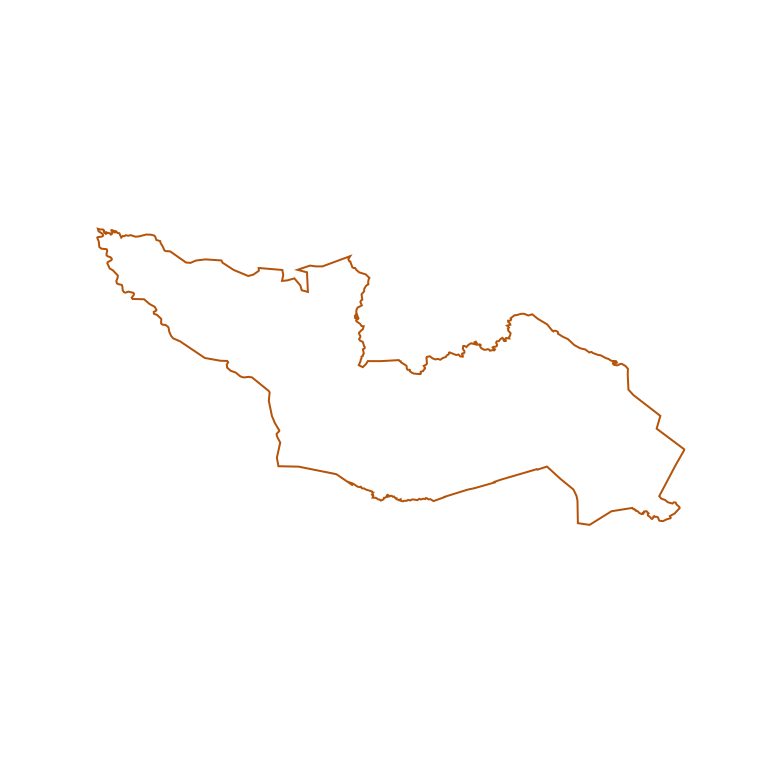 outline of Pelēču pag., Preilu, Latvia, rotated 17°
{"feature_id": "27541924B42049645458782", "entity_name": "Pelēču pag.", "entity_type": "district", "adm_level": 2, "iso_a3": "LVA", "parent_name": "Latvia", "parent_adm1": "Preilu", "projection": "natural_earth1", "projection_center": [26.741, 56.146], "detail": "fine", "context": "isolated", "style": "outline", "palette": "amber", "viewbox_px": 768, "rotation_deg": 17, "n_neighbors": 0, "source": "geoboundaries", "source_scale": "gbopen_adm2", "svg_char_len": 6106}
<svg xmlns="http://www.w3.org/2000/svg" viewBox="0 0 768 768"><g transform="rotate(17 384 384)"><path d="M169.0,402.0L176.4,402.8L205.1,411.5L220.7,409.6L227.3,407.8L228.6,408.8L228.0,411.4L229.2,414.2L233.5,416.2L238.8,416.4L244.1,418.6L246.2,418.9L248.4,418.6L252.5,416.7L255.9,416.3L275.9,424.4L277.1,425.5L278.8,433.9L286.2,447.4L291.0,453.2L297.5,459.1L297.6,459.7L295.9,463.0L296.0,463.6L297.2,465.6L301.9,470.4L303.1,485.8L307.1,493.5L326.5,488.0L364.9,484.2L383.9,490.1L380.9,488.2L383.4,488.3L388.7,489.9L391.0,489.7L391.8,489.0L393.3,490.2L395.7,489.7L397.1,490.2L403.9,490.3L404.4,491.1L405.3,491.0L404.9,491.8L406.0,493.3L405.2,493.6L406.6,494.9L406.4,496.0L409.7,495.2L412.1,496.1L413.3,495.8L415.1,496.4L417.2,494.5L417.3,492.8L418.1,492.6L419.4,491.0L420.5,490.9L420.5,490.3L419.4,489.5L419.9,488.9L422.2,489.8L422.6,489.2L424.2,488.7L425.5,489.3L426.6,488.7L428.2,489.8L429.4,489.6L429.5,490.4L430.1,490.5L432.1,490.7L433.2,489.7L433.2,490.6L434.1,490.3L434.2,490.7L436.1,490.8L437.5,489.8L439.8,489.1L440.9,487.8L443.2,487.7L444.2,486.5L445.4,485.9L449.9,485.3L451.3,483.5L452.8,483.7L455.7,482.0L457.2,481.9L457.5,480.8L458.9,480.8L460.1,481.3L462.1,480.6L465.6,481.5L475.2,474.3L475.0,474.1L495.0,460.5L500.8,457.3L518.6,445.8L518.1,445.4L523.6,441.4L555.1,420.7L555.7,421.1L564.0,415.3L580.6,423.2L596.0,429.5L600.7,434.6L603.1,438.9L610.1,460.4L621.8,458.6L638.7,439.2L657.7,429.9L658.3,430.5L659.7,430.4L660.1,430.9L661.4,430.8L661.8,431.5L664.1,431.6L665.8,432.7L668.5,433.1L669.7,432.4L669.2,431.5L670.4,430.9L670.0,429.9L672.2,428.9L674.8,430.3L674.2,431.2L674.9,432.6L677.4,433.5L679.3,434.7L680.0,434.5L680.5,433.1L680.4,432.1L681.1,431.3L682.1,431.8L683.8,431.2L684.9,431.4L687.0,434.0L687.6,434.2L690.9,433.6L694.0,430.7L697.2,428.6L697.3,428.1L696.0,426.7L699.7,423.0L703.0,416.3L702.5,415.3L698.9,413.6L697.6,412.1L695.8,412.4L694.7,414.0L690.0,414.1L686.6,412.7L682.8,412.6L680.0,410.8L686.7,375.8L690.3,360.0L690.2,358.7L657.8,347.0L657.6,333.7L625.8,321.7L619.4,317.9L614.3,303.7L612.8,298.1L609.5,296.1L605.4,295.2L604.2,295.7L601.6,298.0L598.5,298.4L597.5,298.1L596.8,297.1L597.2,296.4L599.8,296.1L600.5,295.5L599.1,294.3L595.6,295.2L593.7,295.2L591.6,294.4L588.6,294.4L582.8,293.2L580.3,293.6L574.8,293.3L573.0,292.7L571.2,293.8L566.2,292.1L561.2,292.5L554.5,291.1L546.8,287.3L541.0,286.5L535.7,285.0L535.4,283.8L534.7,283.2L532.6,282.9L530.3,283.7L530.3,284.1L529.3,283.8L522.7,279.3L512.0,276.7L505.4,274.0L501.9,276.3L497.6,275.9L494.6,276.8L490.4,279.5L488.8,280.0L485.9,284.1L486.7,285.0L486.5,286.2L484.2,287.2L484.7,288.4L486.9,289.5L487.5,290.4L484.6,292.2L487.0,293.5L486.3,294.8L487.0,295.6L487.1,296.6L490.2,298.4L490.4,300.8L489.9,302.6L490.6,303.8L487.2,304.4L486.9,305.4L487.9,307.1L487.0,307.7L485.9,307.6L484.7,305.7L483.6,305.3L482.1,307.3L481.3,309.4L479.3,310.3L479.2,311.8L480.8,313.6L480.6,314.9L479.7,315.8L478.0,316.3L477.2,317.2L478.5,318.2L480.0,318.4L479.6,319.6L477.5,320.0L475.7,321.2L474.1,320.3L472.8,320.4L471.4,321.5L469.4,322.0L466.1,321.1L464.6,319.5L465.1,318.7L464.9,318.3L464.1,318.1L461.2,319.3L460.7,318.4L460.8,317.8L459.4,316.7L458.3,317.7L459.1,319.4L455.3,319.6L453.1,322.2L452.1,324.5L449.7,324.1L448.7,324.5L449.1,327.4L451.2,329.0L451.7,330.1L451.4,331.3L450.1,331.7L449.8,332.6L451.3,334.2L451.3,334.9L448.8,335.3L446.7,334.0L444.6,335.2L437.4,334.6L437.0,335.1L437.2,336.7L435.8,338.1L435.2,340.1L432.7,341.9L430.8,344.3L428.2,344.3L425.8,345.5L423.1,345.3L419.6,344.1L417.1,345.6L416.9,346.4L419.1,351.9L418.8,353.0L416.7,355.1L418.6,356.6L418.7,357.4L418.0,358.3L417.7,360.1L415.5,361.6L415.5,362.1L416.1,362.9L416.1,363.6L415.6,364.0L409.5,365.3L407.1,365.0L405.0,364.3L404.8,363.1L404.4,362.9L402.4,363.5L401.2,362.4L400.4,360.3L399.5,359.8L393.7,358.2L393.4,357.4L392.0,357.5L391.2,356.8L373.9,363.2L361.9,366.8L360.9,370.3L358.8,374.1L354.4,373.4L354.9,368.8L354.6,367.8L355.0,366.1L354.5,364.4L355.6,363.2L355.4,362.0L355.8,360.8L353.7,357.0L355.0,355.6L354.8,354.3L354.0,353.8L351.4,349.9L348.6,349.6L347.0,348.3L347.6,346.3L347.4,345.1L345.8,343.6L345.1,342.4L346.8,339.0L347.7,338.1L347.7,334.7L345.6,335.1L343.4,333.4L339.5,332.2L338.8,331.5L338.8,330.8L340.0,329.7L340.4,328.7L339.0,327.1L337.8,329.3L336.9,329.2L336.3,327.6L336.7,326.0L338.8,326.8L336.4,323.3L336.0,320.7L336.4,318.7L339.8,315.3L337.4,312.4L337.6,310.9L338.6,309.7L336.3,304.8L337.9,301.2L337.3,298.8L337.9,296.1L338.5,294.7L339.9,293.2L339.2,291.9L338.9,290.1L338.7,287.7L339.0,286.8L334.5,284.5L327.6,284.5L324.1,282.9L322.4,281.5L321.0,282.0L319.5,281.5L315.9,276.7L315.1,276.9L313.4,275.1L314.3,271.6L290.8,289.5L284.4,291.5L278.6,292.4L267.9,300.1L277.7,299.7L284.3,318.2L277.9,318.4L275.2,314.2L267.4,309.2L261.2,313.2L256.3,315.2L255.8,309.2L253.4,304.7L230.6,309.6L230.2,309.8L231.2,312.0L231.0,312.6L227.1,317.6L222.6,320.4L207.0,318.9L194.1,315.2L192.4,313.4L176.9,317.0L168.1,320.9L163.6,324.7L159.2,325.7L140.7,319.7L136.4,320.7L135.0,320.5L132.0,317.0L129.1,314.5L128.2,312.8L124.2,312.8L122.1,310.0L120.8,309.2L117.3,309.4L112.9,310.6L106.5,314.5L103.3,315.8L98.2,315.7L96.1,317.0L93.7,317.2L92.2,318.7L90.8,318.9L89.9,320.8L86.8,317.2L85.1,317.5L83.2,316.3L82.0,316.4L82.8,317.5L82.2,317.8L79.3,316.3L78.4,316.5L78.4,317.1L79.7,317.6L80.1,318.9L79.4,319.4L79.8,320.3L79.1,321.0L77.8,320.1L75.8,320.1L74.6,321.3L74.3,320.2L73.8,320.0L73.5,320.2L73.6,321.4L73.0,321.3L71.5,320.4L71.4,319.0L69.9,318.4L67.4,319.2L65.0,319.2L66.4,321.4L70.9,322.7L71.9,323.9L71.9,324.6L71.0,325.6L67.2,327.3L67.0,327.9L69.6,331.2L71.7,336.2L74.2,337.2L79.3,336.2L80.4,337.6L80.5,340.3L81.1,342.1L82.1,342.6L85.6,342.8L87.2,344.0L87.1,345.3L84.1,348.3L84.1,349.4L87.9,353.7L91.4,354.5L97.8,358.1L98.2,361.0L97.9,363.8L99.1,365.8L100.6,366.2L104.2,365.9L105.3,367.2L106.6,370.6L108.4,372.2L110.2,372.2L112.5,370.4L117.8,370.1L118.5,370.9L118.7,371.8L117.5,375.3L118.7,376.2L129.8,373.1L136.3,376.0L142.1,377.2L144.8,379.7L144.3,381.0L142.7,382.3L143.4,384.1L146.8,384.3L152.0,386.9L153.1,391.2L153.9,391.7L154.9,392.0L157.8,391.4L160.8,392.5L161.6,393.3L163.3,396.7L166.2,400.1L169.0,402.0Z" fill="none" stroke="#b45309" stroke-width="2"/></g></svg>